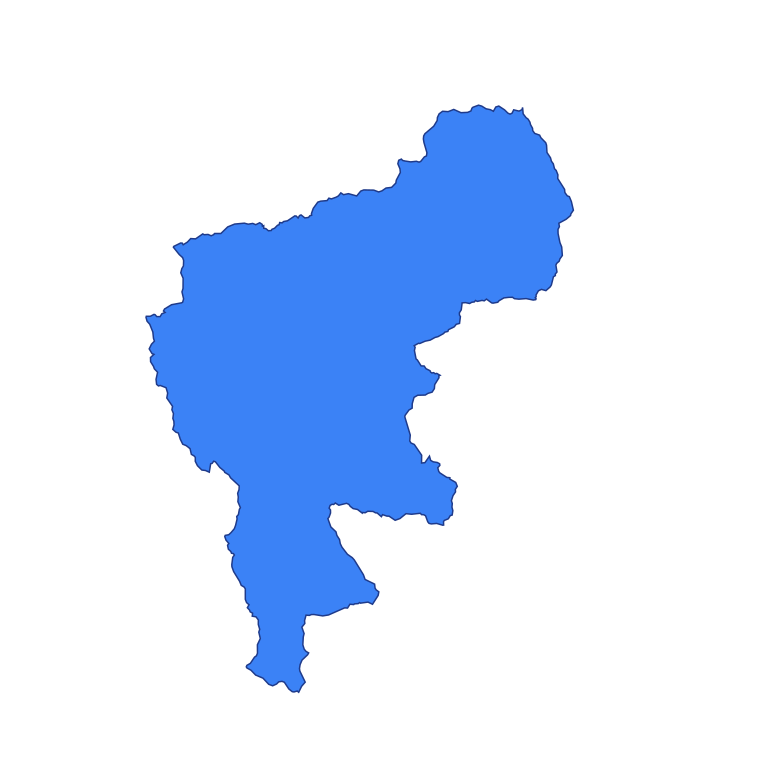 outline of Dabeiba, Antioquia, Colombia, rotated 330°
{"feature_id": "7082276B69715084527622", "entity_name": "Dabeiba", "entity_type": "district", "adm_level": 2, "iso_a3": "COL", "parent_name": "Colombia", "parent_adm1": "Antioquia", "projection": "robinson", "projection_center": [-76.345, 6.943], "detail": "fine", "context": "isolated", "style": "filled", "palette": "blue", "viewbox_px": 768, "rotation_deg": 330, "n_neighbors": 0, "source": "geoboundaries", "source_scale": "gbopen_adm2", "svg_char_len": 6171}
<svg xmlns="http://www.w3.org/2000/svg" viewBox="0 0 768 768"><g transform="rotate(330 384 384)"><path d="M629.8,331.4L630.9,330.1L634.9,328.2L637.5,319.7L638.2,314.4L636.8,312.7L636.4,308.6L637.7,305.7L637.2,292.9L639.2,289.8L639.9,285.1L639.3,282.8L640.7,278.0L640.4,274.7L641.3,271.3L640.9,265.0L644.2,258.4L644.7,255.9L643.0,249.1L643.2,246.3L639.8,242.3L639.5,238.9L640.5,236.8L640.6,232.5L641.3,230.2L641.2,226.6L640.2,224.4L639.6,219.6L642.3,213.8L640.7,215.4L637.4,215.2L633.4,211.4L630.3,213.5L628.1,213.3L626.7,211.3L625.5,206.9L622.4,200.7L619.3,200.0L615.1,202.5L613.3,199.6L610.0,196.7L607.6,192.2L605.3,189.8L599.4,188.8L598.1,189.1L595.8,191.0L592.3,190.6L586.3,187.5L581.7,181.1L575.7,180.2L571.1,177.1L566.8,177.6L563.5,179.9L561.8,182.4L556.0,185.6L544.6,187.7L542.4,189.0L540.6,191.5L539.3,195.0L536.8,205.2L534.8,207.7L532.5,207.5L527.1,209.6L525.3,209.4L523.4,207.3L518.2,205.0L513.7,201.4L511.9,199.7L511.5,197.9L508.6,197.6L506.1,200.2L505.4,205.7L503.9,209.0L496.6,213.6L494.7,215.9L488.9,217.5L483.7,215.3L478.8,215.7L475.4,215.0L472.1,211.0L463.5,205.8L460.3,205.3L454.4,207.5L448.4,201.4L443.6,199.8L442.2,196.9L438.6,198.3L436.1,198.3L431.0,197.4L429.2,195.5L426.4,196.7L420.6,194.0L417.6,193.4L410.6,196.5L406.4,200.1L405.7,201.7L404.0,201.2L401.9,202.0L398.5,200.6L396.7,196.1L395.1,195.9L392.6,197.3L392.0,194.7L390.8,193.8L382.0,194.4L378.3,193.1L376.3,193.5L374.4,192.0L372.8,193.6L371.1,193.3L367.1,194.4L364.3,194.0L363.1,194.7L360.5,193.5L359.4,190.4L357.7,189.0L359.0,186.7L357.6,186.5L358.3,184.8L357.0,182.2L352.6,181.9L350.6,179.3L346.3,177.7L343.5,174.9L334.6,170.8L327.2,169.8L318.0,172.1L312.4,168.9L311.2,169.5L308.4,169.2L306.4,166.5L302.9,164.8L302.1,163.4L293.4,164.1L289.3,161.4L284.7,162.8L279.7,163.0L279.7,161.1L278.3,160.2L270.7,159.7L270.0,160.2L270.3,162.4L271.4,169.5L272.8,173.9L272.2,176.9L269.3,181.5L266.6,183.0L263.6,186.1L262.9,192.0L257.7,200.8L255.1,203.2L253.0,210.1L250.5,212.5L249.3,212.5L239.7,209.1L231.5,209.3L229.5,210.5L230.2,212.6L226.7,212.1L223.8,213.7L220.9,212.0L220.4,209.5L219.6,208.7L215.5,208.5L212.0,206.5L211.2,207.3L210.2,211.2L211.0,215.1L209.8,223.4L207.2,229.2L206.6,232.1L202.5,233.3L198.2,236.2L198.3,241.7L199.6,243.3L195.0,244.3L193.0,248.0L193.2,253.5L192.7,256.0L193.8,260.6L188.9,266.0L186.9,270.6L187.7,272.9L189.5,273.4L193.4,278.2L192.1,283.7L188.9,287.5L189.7,297.6L187.4,300.3L186.9,304.3L183.9,308.3L183.4,311.2L181.7,314.5L178.4,317.7L179.7,321.7L181.4,323.6L180.0,329.8L179.6,335.5L181.9,338.5L183.7,343.0L182.0,348.6L183.6,351.4L183.9,353.2L181.9,356.6L181.6,361.5L183.2,367.4L186.1,369.6L188.6,373.0L194.0,366.4L195.5,366.8L197.9,365.7L199.1,367.1L200.1,374.2L202.1,379.6L201.9,380.9L204.3,385.3L204.2,388.5L207.7,399.8L205.7,402.9L202.6,405.5L201.3,409.0L198.6,412.9L197.8,419.3L196.1,420.2L192.6,424.3L190.2,425.1L189.3,427.4L184.9,432.1L182.0,434.5L177.3,436.2L174.2,436.9L170.8,435.7L169.8,436.5L169.1,440.3L169.9,444.5L167.9,445.4L166.6,449.3L167.6,452.5L167.3,454.3L168.8,455.6L168.9,457.3L166.3,458.5L161.9,464.3L160.9,466.3L160.0,471.3L160.3,482.6L159.7,487.0L161.3,489.8L161.5,492.0L156.2,501.2L155.7,504.6L156.7,507.7L153.8,509.4L154.5,512.5L154.2,514.4L155.6,516.8L153.8,519.2L156.7,521.6L157.2,525.5L154.9,529.4L153.7,534.3L151.5,536.3L149.6,542.6L144.0,546.5L139.8,553.9L137.6,555.6L135.3,555.8L128.6,559.1L124.6,559.1L123.3,560.1L123.3,561.4L125.7,565.4L127.3,571.9L132.1,578.2L134.0,586.4L136.7,589.7L141.0,590.1L143.9,589.3L147.0,590.5L148.6,592.5L149.1,600.6L150.7,604.6L152.1,605.7L155.3,606.5L156.0,608.3L161.5,604.6L166.7,602.8L167.6,590.5L168.5,588.2L171.0,585.1L175.0,582.1L182.5,580.3L184.3,579.2L182.8,576.6L182.3,573.8L183.3,569.3L187.6,562.7L190.0,560.2L191.3,553.5L195.7,551.8L196.9,549.2L200.9,545.2L203.7,547.1L205.7,547.3L208.1,548.6L215.0,554.2L220.5,556.3L238.0,558.2L240.4,559.8L244.4,557.7L247.5,559.9L248.4,559.6L251.9,561.3L253.6,561.1L254.0,562.0L261.1,564.9L263.9,569.0L273.2,564.2L275.6,561.4L274.3,558.4L274.2,556.3L275.8,552.6L269.9,543.8L270.8,538.9L270.3,521.5L269.7,518.6L267.2,513.2L266.0,504.3L266.3,500.4L267.7,496.5L267.5,491.5L268.5,488.0L266.5,481.2L268.1,472.5L269.9,471.8L273.2,469.0L274.7,466.3L274.4,464.1L276.6,462.2L278.9,462.2L280.2,463.2L282.3,462.7L284.3,466.4L291.9,468.6L293.4,470.7L293.6,473.1L295.0,476.5L298.3,479.4L300.6,484.9L301.0,484.5L303.4,486.1L306.3,486.1L310.8,488.9L312.2,491.3L313.6,492.3L315.4,497.6L317.4,496.4L320.4,499.8L322.3,501.0L325.5,507.6L330.5,508.5L338.2,507.3L342.8,510.6L350.8,514.1L351.2,515.9L353.1,517.1L354.1,518.9L353.0,525.2L353.3,527.2L355.0,528.8L359.9,531.1L364.2,535.6L365.1,536.0L366.7,533.0L368.0,532.3L372.3,532.9L375.6,531.1L377.5,531.6L380.3,528.1L381.3,524.6L383.4,521.6L384.0,518.8L387.9,515.2L392.0,513.2L393.1,510.9L396.3,509.3L396.9,505.1L393.5,499.3L394.2,498.1L391.7,496.3L387.9,488.8L387.7,487.0L388.7,483.4L391.7,482.4L392.3,480.9L390.9,478.6L387.7,476.0L386.2,473.5L387.3,469.2L380.1,472.6L377.0,471.2L381.0,464.5L380.0,451.5L377.9,448.6L377.8,446.2L381.2,441.4L385.6,422.8L386.6,421.7L392.6,419.0L396.3,419.0L398.6,415.2L403.3,410.6L407.6,410.6L414.2,414.2L417.4,414.1L421.6,415.1L425.3,413.2L427.6,409.9L434.7,406.1L435.5,404.4L436.9,404.5L435.0,401.2L433.4,400.7L432.7,399.0L431.0,398.4L430.3,397.1L430.5,395.5L428.0,391.7L427.8,388.5L425.2,386.9L424.9,379.8L424.3,378.3L427.1,370.2L429.3,367.8L429.3,365.9L434.3,366.0L435.2,366.8L441.1,367.5L445.9,369.1L451.5,369.2L454.4,370.0L460.8,370.1L462.6,369.5L465.6,370.4L467.0,369.2L473.5,369.6L476.4,368.4L479.7,369.3L483.9,363.8L483.8,362.1L484.8,360.1L488.0,358.4L492.2,352.8L495.3,354.3L498.4,357.1L500.9,357.1L503.3,358.1L505.0,357.4L506.1,359.1L510.7,360.6L512.4,362.1L515.2,361.7L517.8,367.6L518.9,368.5L523.4,370.1L525.3,369.4L530.9,369.4L535.3,371.3L538.7,373.2L539.6,375.3L543.3,378.0L549.8,381.1L555.2,385.9L557.5,386.8L558.3,386.3L558.1,384.9L559.4,384.5L560.2,382.9L564.3,380.5L567.7,380.8L570.9,384.1L576.5,383.0L578.5,381.9L584.4,375.8L586.6,375.8L587.2,374.5L589.8,373.5L592.3,367.0L593.8,365.9L597.2,365.2L598.9,363.6L602.7,361.9L606.4,354.2L607.1,349.4L610.0,340.7L612.0,337.1L614.6,335.4L615.8,332.2L624.1,332.4L629.8,331.4Z" fill="#3b82f6" stroke="#1e3a8a" stroke-width="1.5"/></g></svg>